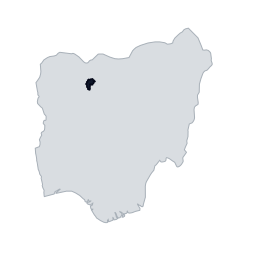 Tsafe, Zamfara, Nigeria shown in context, rotated 348°
{"feature_id": "59680162B12426298681132", "entity_name": "Tsafe", "entity_type": "district", "adm_level": 2, "iso_a3": "NGA", "parent_name": "Nigeria", "parent_adm1": "Zamfara", "projection": "robinson", "projection_center": [6.979, 11.824], "detail": "fine", "context": "in_parent", "style": "filled", "palette": "ink", "viewbox_px": 256, "rotation_deg": 348, "n_neighbors": 0, "source": "geoboundaries", "source_scale": "gbopen_adm2", "svg_char_len": 5036}
<svg xmlns="http://www.w3.org/2000/svg" viewBox="0 0 256 256"><g transform="rotate(348 128 128)"><path d="M207.8,42.9L215.2,54.4L216.8,63.0L217.4,67.2L218.7,67.7L221.0,67.9L222.6,68.8L223.7,70.2L224.3,71.5L224.4,72.2L224.0,77.4L223.4,79.2L223.7,81.7L223.7,82.8L223.4,83.6L222.4,84.4L221.0,85.2L217.7,87.7L216.7,88.0L215.3,88.1L214.1,88.7L212.7,90.0L209.6,94.9L207.0,99.9L205.1,107.8L202.8,110.3L202.3,112.5L202.0,117.5L201.6,119.0L201.3,119.5L198.7,120.4L197.3,121.5L196.4,123.8L195.3,131.5L194.9,132.7L194.1,134.1L192.8,135.5L191.7,136.3L188.8,136.8L186.1,142.6L186.1,143.6L184.9,148.8L182.8,152.8L182.6,155.3L180.0,158.8L178.6,161.1L180.0,163.6L180.1,164.0L175.6,168.2L175.3,168.8L175.1,171.7L174.8,172.5L173.9,173.5L172.7,174.7L171.5,175.6L170.1,176.2L168.7,176.5L167.9,176.1L167.5,175.2L166.7,171.7L166.3,170.9L165.5,170.3L161.9,166.4L159.8,165.0L159.4,165.1L159.0,165.5L158.4,167.4L157.8,168.1L156.7,168.4L154.7,168.4L153.3,168.1L153.0,167.7L152.3,166.2L148.0,169.8L146.4,170.6L144.5,174.7L141.8,176.8L139.9,178.7L134.8,184.4L133.8,186.0L132.8,188.6L130.6,199.3L127.1,206.0L126.6,207.4L126.4,207.4L126.0,208.0L124.6,207.6L124.0,206.3L123.2,206.1L121.7,204.3L121.4,204.6L123.0,209.2L122.4,211.0L118.1,211.1L114.4,211.7L111.9,211.6L110.6,211.0L110.0,209.2L109.8,209.4L109.7,210.4L108.9,211.1L106.0,211.2L104.8,210.0L103.7,208.7L102.7,208.1L102.8,208.7L104.1,210.0L103.9,211.8L101.6,214.0L100.2,214.1L99.3,213.2L98.8,211.7L98.6,209.4L98.0,208.0L97.6,208.0L98.0,210.4L98.1,212.7L99.1,214.4L97.5,215.0L95.5,215.0L95.2,214.4L95.0,212.9L94.6,212.5L94.2,215.0L90.1,215.7L89.5,215.6L89.3,215.1L89.7,214.5L89.6,213.3L88.7,214.2L88.5,215.9L88.0,216.2L86.4,215.9L84.7,215.1L81.9,212.9L78.5,209.4L78.0,207.8L77.0,205.9L75.2,200.5L75.5,200.3L76.3,200.6L76.7,200.1L75.3,199.7L75.0,199.3L74.9,198.1L75.0,196.7L77.1,196.0L77.6,195.1L77.9,194.2L75.2,195.5L72.8,194.0L72.2,193.1L72.5,192.4L75.4,192.3L76.4,191.7L75.8,191.4L74.7,191.5L74.3,191.0L74.3,189.9L73.9,190.1L73.5,191.1L71.8,191.8L70.8,191.1L70.7,189.5L70.5,188.8L69.7,188.2L66.8,184.0L63.1,180.5L59.8,178.1L54.9,177.0L44.5,177.0L43.9,176.7L44.5,176.1L45.5,175.8L48.8,173.8L48.2,173.5L44.8,174.8L43.6,174.9L42.0,177.2L31.9,177.7L31.9,176.7L32.3,173.6L33.0,171.4L32.3,168.9L32.1,166.5L32.6,165.8L32.7,164.9L32.6,158.9L33.2,158.0L33.2,157.4L32.1,154.8L32.1,152.9L31.9,151.0L31.6,150.1L32.0,142.7L31.9,140.9L32.2,139.6L32.4,136.5L32.4,133.4L33.1,128.5L37.4,127.8L38.5,125.9L39.1,123.5L38.9,121.1L40.4,119.0L42.1,117.1L42.0,115.1L42.5,114.4L43.3,114.0L44.5,113.7L45.8,112.7L46.5,110.9L47.2,108.1L46.1,106.1L46.1,105.6L46.5,104.6L47.2,103.5L47.8,103.1L49.0,103.4L49.5,103.0L50.3,99.8L50.2,99.0L49.0,96.9L48.4,91.2L48.1,90.4L47.2,89.4L44.7,85.3L44.8,83.4L45.8,81.0L46.5,79.8L47.4,79.2L47.6,78.6L47.3,77.9L46.9,77.4L46.8,76.3L47.2,74.8L47.1,73.1L47.4,64.5L49.3,62.8L52.2,60.0L53.7,57.1L54.5,54.8L55.5,47.4L57.0,46.6L59.9,43.9L63.8,42.4L66.4,41.9L70.8,42.2L73.1,41.9L75.0,40.5L75.9,40.1L77.1,39.8L88.3,43.7L89.3,43.5L90.1,43.7L91.5,44.8L94.8,48.3L98.3,53.9L99.3,55.1L100.4,55.7L101.5,55.9L102.3,55.8L103.1,55.3L104.2,54.3L105.8,53.8L107.2,53.9L114.1,49.6L114.8,49.6L119.0,50.5L124.9,54.8L129.6,57.5L133.0,58.5L136.9,59.1L143.6,59.3L148.6,53.4L150.5,52.1L152.7,50.9L157.4,49.8L165.2,49.0L172.5,49.4L177.0,50.4L181.8,52.3L183.9,54.2L187.1,54.5L189.4,54.1L190.2,52.3L192.5,49.8L196.0,47.6L198.8,46.0L201.1,45.3L203.2,43.5L204.9,43.0L207.8,42.9ZM106.3,213.6L104.7,214.2L103.7,214.0L105.1,211.6L105.8,212.1L106.7,212.3L106.3,213.6Z" fill="#d9dde1" stroke="#a8b0b8" stroke-width="1"/><path d="M103.3,72.5L103.0,72.5L102.8,72.6L102.7,72.6L102.4,72.6L102.2,72.6L101.8,72.5L101.4,72.5L100.9,73.0L100.7,73.0L100.7,72.9L100.5,72.7L100.3,72.8L100.2,72.7L99.9,72.6L99.6,72.3L99.3,72.5L99.4,72.8L99.2,72.8L99.1,72.7L98.6,72.8L98.6,73.0L98.5,73.3L98.4,73.4L98.4,73.8L98.3,74.1L98.2,74.2L98.0,74.3L98.0,74.2L97.9,74.2L97.8,74.3L98.0,74.3L98.0,74.5L97.9,74.5L97.8,74.4L97.7,74.4L97.7,74.2L97.4,74.2L97.3,74.3L97.3,74.7L97.2,75.2L97.0,75.4L96.7,75.7L96.0,76.2L96.2,76.5L96.3,76.9L96.6,77.4L96.6,78.0L96.5,78.4L96.4,78.7L96.3,79.5L96.6,79.9L96.9,80.3L97.0,81.0L96.9,81.2L96.8,81.7L97.2,82.0L97.5,82.2L97.8,82.5L98.1,82.7L98.3,82.7L98.6,82.6L98.7,82.4L98.7,82.2L98.8,82.1L99.0,81.8L99.1,81.7L99.0,81.3L99.0,81.2L99.1,80.8L99.2,80.6L99.2,80.4L99.3,80.1L99.4,79.9L99.5,79.6L99.5,79.4L99.6,79.1L99.5,78.9L99.5,78.7L99.6,78.4L99.7,78.2L99.8,78.1L99.8,77.9L99.9,78.0L100.0,78.2L100.3,78.0L100.5,78.0L100.5,77.9L100.8,77.8L101.0,77.8L101.0,77.7L101.1,77.8L101.1,77.7L101.3,77.7L101.7,77.6L101.8,77.7L101.9,77.8L102.0,77.9L102.1,78.0L102.3,78.1L102.4,77.8L102.5,77.8L102.6,77.6L103.0,77.5L103.7,77.0L103.7,76.9L103.8,76.8L103.8,76.7L103.8,76.4L103.7,76.3L103.7,75.9L103.8,75.8L104.1,75.9L104.4,75.9L104.5,75.9L104.5,76.0L104.7,75.9L104.9,75.8L105.1,75.8L105.2,75.7L105.4,75.5L105.3,75.4L105.2,75.2L104.9,74.9L104.8,74.7L104.7,74.4L104.6,74.2L104.4,74.2L104.2,74.0L104.2,73.9L103.9,73.8L103.9,73.7L103.8,73.4L103.8,73.2L103.7,73.1L103.6,72.9L103.6,72.7L103.3,72.5Z" fill="#0f172a" stroke="#020617" stroke-width="1.5"/></g></svg>